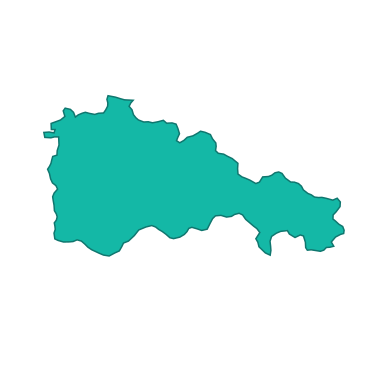 outline of Rialma, Goiás, Brazil, rotated 101°
{"feature_id": "56859067B97969314154614", "entity_name": "Rialma", "entity_type": "district", "adm_level": 2, "iso_a3": "BRA", "parent_name": "Brazil", "parent_adm1": "Goiás", "projection": "albers", "projection_center": [-49.534, -15.316], "detail": "fine", "context": "isolated", "style": "filled", "palette": "teal", "viewbox_px": 384, "rotation_deg": 101, "n_neighbors": 0, "source": "geoboundaries", "source_scale": "gbopen_adm2", "svg_char_len": 2638}
<svg xmlns="http://www.w3.org/2000/svg" viewBox="0 0 384 384"><g transform="rotate(101 192 192)"><path d="M113.5,292.8L117.3,293.2L120.7,291.6L123.9,291.2L127.9,292.4L131.3,293.9L132.6,298.9L134.4,302.2L134.4,307.8L134.1,311.9L135.6,314.8L138.0,318.4L140.7,320.8L136.4,323.5L134.1,327.1L133.9,332.5L136.9,333.9L142.1,331.2L146.4,334.8L151.6,343.4L157.5,342.0L156.8,338.3L160.3,338.7L160.4,343.7L161.8,348.8L166.5,346.9L165.7,340.8L164.1,337.4L163.4,333.4L171.3,331.5L177.1,332.2L181.6,331.6L183.7,335.5L187.6,335.8L190.8,335.9L193.8,336.7L197.2,338.1L201.0,335.5L206.1,333.3L209.7,330.7L211.7,326.8L214.8,324.5L219.3,327.1L223.2,327.9L226.9,326.6L231.3,324.9L236.6,323.5L239.4,321.0L242.1,319.6L245.5,319.8L248.6,321.3L251.8,320.0L254.8,319.1L258.7,319.6L264.2,317.7L265.1,314.2L265.6,308.6L264.3,302.6L263.3,299.2L260.9,295.7L261.3,291.2L263.6,287.2L266.0,283.7L267.8,279.5L269.8,271.5L270.8,266.8L270.6,261.1L266.6,256.2L263.7,252.1L259.0,250.5L255.2,249.5L252.3,245.0L245.8,240.3L239.4,237.0L235.1,230.5L232.6,225.1L233.3,221.0L235.1,217.6L236.4,213.8L238.4,209.6L241.1,205.0L241.3,201.2L238.6,195.3L235.1,191.4L231.9,189.4L228.3,188.2L226.7,185.4L227.2,179.9L227.9,175.1L225.6,170.0L218.8,168.1L214.2,166.7L210.9,164.4L209.4,159.1L210.0,153.3L208.4,148.6L205.9,145.9L203.9,141.7L204.8,138.0L208.6,134.1L213.8,124.9L215.5,121.4L218.8,117.7L225.7,120.4L228.7,117.8L233.0,115.8L235.2,112.4L237.8,108.4L239.1,103.2L234.3,103.4L230.2,104.5L225.5,106.0L220.4,105.4L216.3,101.3L213.7,97.4L211.7,91.0L214.7,88.4L217.0,82.2L213.5,77.5L213.9,74.2L219.7,71.1L224.9,69.8L227.1,67.7L226.0,64.0L225.7,54.6L223.9,51.5L220.8,49.5L219.9,46.1L218.2,42.5L214.5,45.7L208.8,42.5L205.2,38.0L203.8,35.2L200.5,35.4L197.1,37.5L195.6,41.7L193.1,45.7L191.6,48.5L187.6,49.1L184.2,46.9L178.1,43.9L173.5,44.5L170.4,48.3L173.1,52.2L172.6,58.9L172.5,63.5L173.3,66.7L173.6,70.8L172.0,74.4L171.3,78.0L168.7,83.1L165.4,85.7L163.4,89.1L162.8,93.4L163.4,97.0L160.6,103.0L156.6,107.2L155.8,110.7L157.3,114.2L160.4,117.0L162.2,119.9L163.7,125.5L169.5,127.7L171.5,131.0L169.3,137.5L168.3,142.1L167.7,145.7L165.6,150.3L160.4,151.7L155.1,152.4L151.5,158.9L150.2,163.9L148.8,168.1L149.0,173.6L146.9,176.8L142.6,177.0L139.3,178.0L135.9,182.0L132.1,184.9L130.9,190.6L130.7,195.2L133.0,197.5L136.7,201.8L139.2,207.1L142.9,209.8L146.0,213.4L144.6,217.0L140.8,216.3L137.2,215.4L132.3,218.0L128.4,220.6L128.0,224.7L129.3,230.0L127.1,233.8L129.5,238.7L131.6,244.0L131.4,248.3L132.5,252.7L131.5,258.4L129.8,261.3L127.3,264.2L122.7,266.6L119.9,270.1L116.3,269.1L113.2,267.3L114.4,275.8L114.1,279.8L113.5,285.2L113.5,292.8Z" fill="#14b8a6" stroke="#0f766e" stroke-width="1.5"/></g></svg>